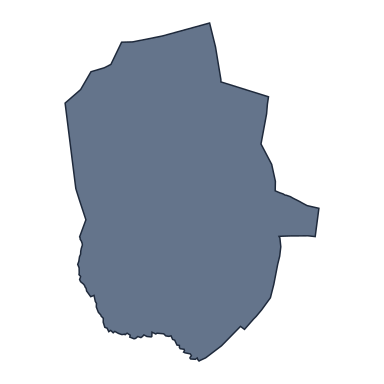 Santa Inés del Monte, Oaxaca, Mexico (Natural Earth projection)
{"feature_id": "50627088B35228848025668", "entity_name": "Santa Inés del Monte", "entity_type": "district", "adm_level": 2, "iso_a3": "MEX", "parent_name": "Mexico", "parent_adm1": "Oaxaca", "projection": "natural_earth1", "projection_center": [-96.856, 16.922], "detail": "fine", "context": "isolated", "style": "filled", "palette": "slate", "viewbox_px": 384, "rotation_deg": 0, "n_neighbors": 0, "source": "geoboundaries", "source_scale": "gbopen_adm2", "svg_char_len": 1854}
<svg xmlns="http://www.w3.org/2000/svg" viewBox="0 0 384 384"><path d="M162.3,36.0L132.6,41.9L121.6,42.2L110.9,64.4L104.2,67.8L91.0,71.7L80.6,89.6L65.1,103.1L75.8,188.5L76.6,191.2L76.8,191.8L79.4,200.0L85.9,219.8L79.6,236.9L80.1,237.7L80.2,239.4L81.2,240.8L82.1,243.1L82.4,245.1L81.9,246.5L81.2,248.8L80.7,251.5L80.6,254.2L79.5,256.7L78.8,261.4L77.7,264.4L79.1,267.8L79.2,272.9L79.0,274.7L80.2,275.9L80.6,276.4L80.4,277.4L79.6,279.5L80.6,281.7L83.5,284.1L84.5,285.4L85.3,287.4L86.1,288.3L86.6,291.0L90.7,296.7L94.0,295.4L95.3,301.4L96.5,303.5L96.4,304.5L96.3,307.0L98.4,312.4L100.8,315.0L101.2,316.2L103.3,318.3L103.2,322.2L104.8,327.3L107.1,328.2L108.8,331.7L110.7,330.4L113.2,332.8L114.8,331.4L118.4,333.4L121.9,334.6L124.6,334.2L125.1,334.7L127.1,333.2L130.2,335.2L129.8,337.1L134.0,338.8L135.6,338.4L137.8,336.5L140.9,337.6L142.5,336.5L143.9,334.9L146.9,336.5L151.2,336.9L151.8,336.5L152.0,332.2L155.8,334.0L157.0,333.2L163.7,333.8L165.8,335.9L168.9,336.4L171.0,335.8L172.6,339.4L174.7,340.2L177.0,345.1L179.4,345.4L179.4,347.5L180.2,348.7L184.1,349.3L184.5,350.7L183.6,352.1L185.0,352.8L190.3,353.9L191.4,355.7L190.0,357.5L190.1,358.4L190.7,359.0L195.4,359.3L197.2,358.0L197.8,359.5L198.8,360.9L199.2,361.0L199.5,360.7L203.8,358.7L205.6,357.9L221.5,345.8L240.5,326.4L244.5,329.4L253.5,319.1L256.1,316.5L261.6,309.9L270.4,297.8L273.8,284.4L277.7,264.3L279.7,256.2L280.8,246.8L279.9,238.0L279.0,236.4L282.2,236.2L291.6,235.9L297.3,235.9L308.0,235.8L315.2,236.6L318.9,208.3L307.1,205.6L301.5,202.6L300.0,201.7L296.1,199.7L295.4,199.4L292.5,197.9L290.5,196.7L286.8,195.4L286.2,195.2L285.5,195.2L285.0,195.0L284.7,194.9L283.1,193.9L280.1,192.9L278.2,192.1L275.2,190.8L275.4,181.4L271.7,164.4L261.0,144.0L266.6,113.8L267.4,104.2L268.5,96.8L220.9,81.9L220.9,79.6L215.5,46.9L209.6,23.0L162.3,36.0Z" fill="#64748b" stroke="#1e293b" stroke-width="1.5"/></svg>